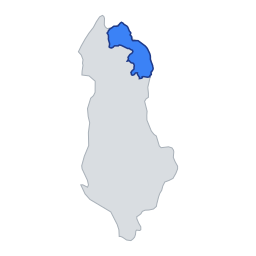 Albania, with Kukës highlighted
{"feature_id": "ALB-1502", "entity_name": "Kukës", "entity_type": "County", "adm_level": 1, "iso_a3": "ALB", "parent_name": "Albania", "parent_adm1": "", "projection": "mercator", "projection_center": [20.174, 42.189], "detail": "fine", "context": "in_parent", "style": "filled", "palette": "blue", "viewbox_px": 256, "rotation_deg": 0, "n_neighbors": 0, "source": "natural_earth", "source_scale": "10m", "svg_char_len": 3417}
<svg xmlns="http://www.w3.org/2000/svg" viewBox="0 0 256 256"><path d="M81.9,75.0L82.1,71.2L83.0,65.2L82.5,63.2L83.0,59.7L81.3,55.1L78.4,51.8L81.2,46.0L85.2,38.9L88.9,33.2L93.4,27.4L96.4,21.7L99.6,16.9L102.4,15.4L103.8,16.4L104.5,18.5L104.3,24.8L105.3,27.0L107.2,28.6L111.2,27.8L115.7,26.2L121.8,22.9L122.8,23.1L125.0,24.8L129.7,32.4L132.8,39.1L138.9,41.4L142.3,44.0L146.7,47.9L148.8,51.9L151.8,64.0L152.1,71.3L151.2,74.6L150.5,75.5L147.8,87.3L148.4,93.3L148.4,97.3L146.1,98.9L144.6,101.3L147.1,111.2L146.8,115.3L146.9,120.1L151.3,131.0L154.0,134.4L156.3,136.0L159.3,146.0L161.1,147.7L168.5,146.8L172.0,147.9L173.5,150.2L173.8,151.9L173.3,157.4L175.1,161.7L177.6,166.2L177.6,168.9L175.9,173.3L173.0,178.4L169.1,180.4L164.8,182.0L162.8,186.0L161.7,190.3L159.8,193.4L158.6,196.8L156.8,203.9L156.4,206.4L153.5,209.0L149.0,210.0L145.0,210.2L142.3,211.4L140.9,213.8L138.3,215.8L136.8,216.6L136.8,218.7L138.7,223.2L140.8,226.8L140.8,229.7L139.8,230.5L136.5,230.1L135.8,231.2L135.5,234.4L134.6,237.1L133.2,238.8L130.9,240.6L126.6,240.0L122.6,237.3L120.5,236.4L119.2,236.5L118.9,229.8L117.2,224.5L110.8,211.9L90.0,199.5L85.1,194.0L82.9,189.3L80.8,184.9L82.8,184.8L84.9,185.9L87.5,187.2L88.5,185.0L87.4,180.2L82.1,168.9L81.7,165.8L84.3,156.3L88.7,145.6L88.4,132.6L89.7,122.8L88.2,116.5L87.5,108.6L90.7,98.2L93.5,95.6L95.1,92.3L95.2,81.2L89.1,75.9L81.9,75.0Z" fill="#d9dde1" stroke="#a8b0b8" stroke-width="1"/><path d="M151.3,74.6L149.9,75.5L149.8,76.8L149.3,76.8L148.3,77.1L147.4,77.2L143.9,76.6L142.7,76.6L142.1,76.8L142.1,77.0L142.3,77.2L142.4,77.5L142.2,77.8L141.6,78.2L140.8,78.4L139.4,78.6L139.5,78.1L139.2,77.0L137.6,74.6L137.2,73.1L137.3,72.9L136.2,72.8L135.3,73.1L135.0,73.5L134.7,74.1L134.2,74.6L133.6,74.9L132.6,75.2L132.0,75.1L131.5,74.7L131.4,74.3L131.3,74.0L131.3,73.7L131.3,73.4L131.3,73.2L130.9,72.7L131.6,71.3L131.8,71.1L132.0,70.9L132.3,70.7L132.5,70.4L132.7,70.2L133.8,69.3L133.9,69.0L134.0,68.7L134.0,67.9L134.0,67.3L134.0,66.8L134.2,66.4L134.3,66.0L134.3,65.5L133.8,64.1L133.6,63.6L132.9,63.1L131.2,62.8L129.9,61.6L129.4,60.9L129.0,60.6L128.7,60.6L128.3,60.9L127.9,61.0L127.2,61.1L127.3,60.9L128.1,59.8L128.4,58.8L128.3,58.2L128.0,57.6L128.2,57.0L129.7,54.8L130.1,54.4L130.6,54.0L131.3,53.6L132.3,52.8L132.9,51.6L132.5,50.3L130.8,49.6L130.3,49.4L130.0,49.1L129.8,48.8L129.5,48.5L129.0,48.5L127.7,48.5L121.3,45.4L120.5,45.2L119.2,45.0L118.2,45.9L114.9,45.8L114.5,45.9L114.1,46.2L113.3,47.0L113.0,47.3L112.7,47.4L112.3,47.5L112.1,47.6L111.8,48.0L110.4,47.8L109.6,47.4L109.2,47.1L109.1,46.8L109.3,46.2L109.4,45.6L109.4,45.3L109.4,45.0L109.5,44.8L109.6,44.5L109.6,43.9L109.4,42.8L108.6,40.2L108.4,39.0L108.4,38.1L108.5,37.5L108.4,35.6L108.3,34.9L108.1,34.5L107.2,33.3L107.1,33.1L107.2,32.8L107.8,32.3L108.0,32.0L108.2,31.3L108.3,31.0L108.5,30.7L108.8,30.5L109.0,30.2L109.1,29.9L109.5,29.1L109.9,29.0L112.0,27.7L112.5,27.2L113.9,26.2L116.7,26.3L118.1,25.9L120.2,23.2L121.4,22.3L122.9,23.1L124.0,24.4L126.8,26.0L127.8,27.2L129.4,31.1L129.7,31.5L130.5,32.3L130.8,32.9L130.7,33.5L130.2,34.4L130.1,34.9L130.4,35.4L131.2,36.1L131.6,36.6L131.7,37.2L131.6,38.2L131.7,38.8L132.2,40.0L132.6,40.6L133.3,40.7L137.2,40.6L138.1,40.7L145.1,45.9L146.0,46.9L146.5,47.4L147.5,48.9L149.7,53.5L150.3,55.6L150.4,56.9L150.4,59.4L150.8,60.8L152.6,65.5L152.8,67.0L153.1,68.0L153.1,69.0L152.5,70.4L152.1,71.0L151.6,71.3L151.3,71.7L151.0,72.6L151.0,73.2L151.3,74.1L151.3,74.6Z" fill="#3b82f6" stroke="#1e3a8a" stroke-width="1.5"/></svg>